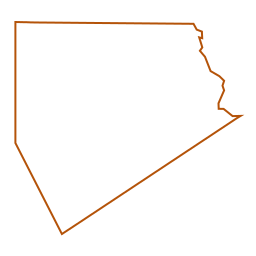 the district of Ellis, Texas, United States of America
{"feature_id": "52423323B98957090602000", "entity_name": "Ellis", "entity_type": "district", "adm_level": 2, "iso_a3": "USA", "parent_name": "United States of America", "parent_adm1": "Texas", "projection": "equal_earth", "projection_center": [-96.646, 32.301], "detail": "fine", "context": "isolated", "style": "outline", "palette": "amber", "viewbox_px": 256, "rotation_deg": 0, "n_neighbors": 0, "source": "geoboundaries", "source_scale": "gbopen_adm2", "svg_char_len": 436}
<svg xmlns="http://www.w3.org/2000/svg" viewBox="0 0 256 256"><path d="M15.4,143.0L61.9,234.0L76.2,224.6L236.8,118.2L240.6,115.9L232.6,116.1L223.6,108.9L218.7,108.8L218.5,103.3L224.1,90.4L222.5,85.7L224.1,80.8L219.4,76.2L210.6,71.1L205.0,56.8L199.9,50.8L202.3,47.4L199.2,37.4L202.2,38.2L201.9,31.6L196.7,29.6L193.5,23.8L38.8,22.5L30.9,22.4L26.3,22.2L24.3,22.2L15.4,22.0L15.4,143.0Z" fill="none" stroke="#b45309" stroke-width="2"/></svg>